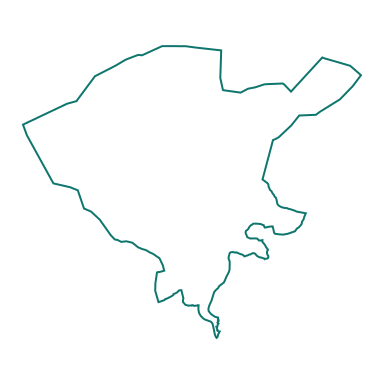 outline of Akinyele, Oyo, Nigeria
{"feature_id": "59680162B96934818178887", "entity_name": "Akinyele", "entity_type": "district", "adm_level": 2, "iso_a3": "NGA", "parent_name": "Nigeria", "parent_adm1": "Oyo", "projection": "albers", "projection_center": [3.952, 7.55], "detail": "fine", "context": "isolated", "style": "outline", "palette": "teal", "viewbox_px": 384, "rotation_deg": 0, "n_neighbors": 0, "source": "geoboundaries", "source_scale": "gbopen_adm2", "svg_char_len": 5798}
<svg xmlns="http://www.w3.org/2000/svg" viewBox="0 0 384 384"><path d="M361.0,75.2L350.2,65.8L324.0,58.2L322.3,57.5L291.0,91.6L284.1,84.4L282.7,83.5L266.0,84.2L264.2,84.4L255.0,87.4L248.1,88.7L247.7,88.9L240.6,92.6L223.3,90.2L222.9,89.9L220.3,78.0L221.2,50.4L196.1,47.6L185.6,46.2L162.2,46.1L142.0,55.3L138.2,54.9L127.6,58.9L124.9,60.1L116.0,65.4L95.0,76.2L76.6,100.9L76.6,101.1L67.1,103.7L23.0,124.6L26.9,135.3L53.4,183.4L70.0,187.2L77.8,190.3L84.0,208.5L91.1,211.6L99.8,219.7L110.6,235.0L114.7,239.4L117.6,240.0L121.3,241.9L126.3,241.3L132.0,242.6L134.7,244.5L137.9,247.2L142.1,249.0L145.3,249.9L147.0,250.7L149.2,252.1L153.1,253.9L159.5,258.3L162.8,265.3L164.2,270.7L159.6,272.0L157.4,272.2L157.0,272.5L155.5,282.6L155.4,283.1L155.2,290.7L158.5,302.1L160.8,301.4L164.4,300.1L165.3,299.0L165.6,298.9L166.5,298.8L167.8,298.1L169.7,297.2L171.6,296.2L173.3,295.0L173.4,294.2L175.9,293.1L177.5,292.1L178.7,290.7L180.0,290.2L181.4,290.2L183.4,298.5L183.0,299.8L182.9,301.9L185.4,304.8L186.9,305.2L188.3,305.7L189.9,305.5L191.1,305.5L191.7,305.6L192.0,305.2L193.0,305.2L193.3,305.5L193.9,305.9L194.6,305.9L195.2,305.7L196.1,305.7L196.8,305.6L197.2,305.5L197.6,305.2L198.6,305.3L198.4,307.9L198.4,309.0L198.5,310.2L198.9,312.1L199.5,313.9L201.0,316.2L203.3,318.5L204.9,319.5L207.9,320.6L210.7,321.6L211.7,322.5L212.5,323.7L212.8,324.8L214.0,330.1L214.7,333.8L215.3,335.7L216.0,337.2L216.6,337.9L216.9,337.7L217.3,337.3L217.6,336.6L217.8,336.0L217.9,335.2L218.1,334.8L218.2,334.3L218.6,333.5L219.1,332.7L219.5,332.0L219.7,331.5L219.1,331.4L218.5,331.3L218.0,331.1L217.4,330.7L217.2,330.5L217.3,330.2L217.5,329.8L217.3,329.6L217.2,329.4L217.1,329.0L216.9,328.6L216.8,328.4L216.7,327.9L216.6,327.6L216.5,327.1L216.4,326.8L216.9,326.8L217.2,326.8L217.2,326.7L217.2,326.4L217.3,326.3L217.4,326.2L217.5,325.9L217.5,325.6L217.6,325.3L217.7,324.8L217.9,324.5L218.1,324.2L218.4,323.9L218.4,323.7L218.5,323.5L218.3,323.4L218.1,323.3L217.8,323.1L217.6,322.9L217.4,322.7L217.6,322.3L217.8,322.0L218.1,321.7L218.3,321.5L218.5,321.3L218.6,321.0L218.6,320.8L218.4,320.7L218.3,320.4L218.2,320.3L218.0,320.2L218.1,319.9L218.4,319.6L218.2,319.3L218.0,319.2L217.9,319.0L217.9,318.9L217.9,318.7L218.1,318.4L218.1,318.2L218.1,317.6L217.1,317.3L215.1,316.8L213.6,315.9L211.0,314.0L208.7,311.2L208.4,308.7L209.3,305.5L211.6,300.4L212.9,296.1L214.1,292.2L215.9,290.0L218.2,288.0L219.2,286.0L220.0,285.5L221.6,284.2L223.9,282.5L225.1,279.9L226.3,276.9L227.4,274.9L228.9,271.9L229.6,269.4L229.6,267.2L229.7,263.3L229.7,262.2L229.6,261.1L229.1,259.9L228.6,258.7L228.6,257.6L228.8,256.3L229.2,255.1L229.4,254.1L229.7,253.1L230.5,252.4L231.1,252.2L232.2,252.2L232.9,252.0L234.0,252.3L234.6,252.5L234.8,252.6L235.3,252.5L235.9,252.4L236.0,252.4L236.4,252.3L236.6,252.4L236.7,252.5L236.9,252.7L237.3,252.8L237.6,252.9L237.9,253.1L238.4,253.2L238.8,253.4L239.0,253.5L239.4,253.7L239.7,253.8L239.9,253.9L240.3,254.1L240.7,254.1L241.0,254.2L241.4,254.3L241.9,254.5L242.4,254.7L242.8,254.9L243.2,255.2L243.6,255.5L244.0,255.9L244.2,256.1L244.3,256.3L244.9,256.3L245.4,256.1L245.7,256.0L246.0,255.8L246.4,255.7L247.1,255.5L247.7,255.4L248.1,255.2L248.7,254.8L249.2,254.6L249.5,254.5L250.1,254.5L250.5,254.3L250.8,254.2L251.1,254.0L251.4,253.8L251.9,253.6L252.4,253.4L252.8,253.2L253.2,253.1L253.7,253.2L254.2,253.3L254.6,253.5L255.1,253.7L255.3,253.9L255.5,254.1L255.8,254.6L256.3,255.1L256.7,255.5L257.0,255.9L257.4,256.1L257.8,256.4L258.2,256.6L258.6,256.8L258.9,256.9L259.2,257.1L259.5,257.3L259.8,257.3L260.2,257.4L260.7,257.4L261.2,257.5L261.7,257.7L262.4,257.9L262.8,258.0L263.1,258.2L263.3,258.3L263.6,258.4L263.9,258.6L264.2,258.7L264.4,258.8L264.5,258.9L264.6,259.0L264.8,258.7L265.0,258.7L265.5,258.8L266.1,258.7L266.9,258.6L267.7,258.3L268.2,257.8L268.2,257.2L268.4,256.5L268.3,256.0L268.0,255.5L267.7,255.1L267.3,254.2L267.0,253.2L267.0,251.9L267.3,250.9L267.4,250.5L267.8,250.2L267.9,249.6L267.6,249.2L267.4,248.9L267.3,248.6L267.1,248.3L266.8,248.1L266.6,247.9L266.4,247.7L266.3,247.4L266.1,247.0L265.8,246.6L265.4,245.8L265.1,245.2L264.7,244.6L264.4,244.2L264.1,243.9L263.7,243.4L263.3,242.9L263.0,242.6L262.7,242.3L262.5,242.0L262.4,241.7L262.4,241.2L262.4,240.7L262.4,240.1L262.1,240.2L261.6,240.3L261.2,240.4L260.9,240.5L260.6,240.5L260.3,240.5L259.9,240.4L259.5,240.4L259.2,240.4L259.0,240.5L258.5,240.0L257.3,238.6L255.2,238.4L250.2,238.5L247.3,237.2L246.6,235.3L245.8,233.7L245.6,232.0L246.1,230.7L247.5,229.8L248.5,228.6L249.2,227.2L249.9,226.3L250.4,225.7L250.9,225.3L251.5,225.0L252.3,224.5L253.0,223.8L254.2,223.6L256.9,223.7L258.5,223.8L260.1,224.0L261.2,224.2L262.3,224.8L262.6,224.9L262.9,225.0L263.2,225.1L263.5,225.1L263.8,225.3L263.9,225.7L264.1,226.2L264.2,226.5L264.3,226.6L264.5,226.8L264.6,227.1L264.6,227.3L264.7,227.5L264.9,227.5L265.3,227.5L265.7,227.4L266.1,227.4L266.6,227.3L267.0,227.2L267.5,227.1L267.8,227.0L268.1,226.9L268.3,226.8L268.6,226.8L268.9,226.8L269.3,226.7L269.7,226.7L270.0,226.7L270.4,226.5L270.7,226.5L271.2,226.5L271.7,226.4L272.2,226.4L272.4,226.4L272.6,226.4L272.7,226.6L272.8,227.2L273.1,228.2L273.4,229.3L273.5,229.8L273.6,230.3L273.7,230.9L273.8,231.3L273.9,231.8L274.0,232.4L274.3,232.9L274.9,233.7L278.8,234.3L283.1,234.6L287.7,233.8L292.0,232.3L295.1,231.2L296.8,228.6L299.0,227.2L301.5,224.3L302.1,221.6L303.5,219.5L304.4,216.5L305.8,213.3L298.3,211.9L296.7,211.6L294.6,210.6L290.3,209.2L288.5,208.8L286.8,208.1L284.8,208.0L283.4,207.6L281.8,207.3L280.4,206.6L279.1,205.8L277.8,204.7L277.2,203.3L277.1,202.3L276.9,201.4L276.6,200.2L276.3,198.7L275.8,197.6L274.7,196.7L273.8,194.8L272.9,193.8L272.1,192.5L271.5,191.2L270.0,189.9L269.2,188.0L268.6,186.8L268.5,185.1L268.3,184.4L267.6,183.3L262.5,179.5L273.0,140.1L276.0,138.8L278.9,137.1L291.4,125.3L299.2,115.5L315.9,114.8L319.9,111.8L339.9,99.4L352.7,86.2L361.0,75.2Z" fill="none" stroke="#0f766e" stroke-width="2"/></svg>